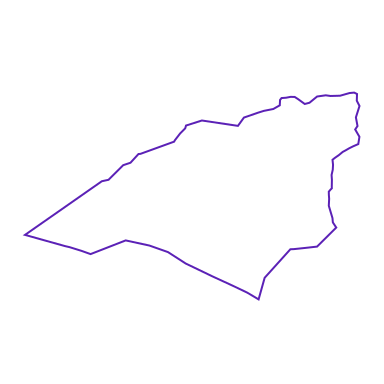 the district of Orelope, Oyo, Nigeria, rotated 92°
{"feature_id": "59680162B54897023187709", "entity_name": "Orelope", "entity_type": "district", "adm_level": 2, "iso_a3": "NGA", "parent_name": "Nigeria", "parent_adm1": "Oyo", "projection": "equal_earth", "projection_center": [3.737, 8.78], "detail": "fine", "context": "isolated", "style": "outline", "palette": "violet", "viewbox_px": 384, "rotation_deg": 92, "n_neighbors": 0, "source": "geoboundaries", "source_scale": "gbopen_adm2", "svg_char_len": 1111}
<svg xmlns="http://www.w3.org/2000/svg" viewBox="0 0 384 384"><g transform="rotate(92 192 192)"><path d="M90.7,61.7L92.2,70.3L98.7,77.7L100.1,82.4L95.5,89.2L93.4,92.7L93.5,96.9L94.5,101.3L95.0,105.8L96.9,107.2L102.3,107.3L104.4,110.7L106.2,113.6L108.4,123.0L110.4,128.7L115.8,142.7L124.3,148.4L120.2,184.6L125.8,200.3L128.6,201.0L133.9,205.9L141.0,211.0L142.3,211.6L155.7,244.9L155.9,246.8L164.9,254.5L167.6,261.7L182.1,275.3L182.7,275.8L184.4,282.5L240.7,357.4L250.5,317.0L251.4,312.4L254.7,300.3L257.6,291.2L242.7,256.6L247.0,232.7L252.9,213.9L263.7,195.8L275.5,168.9L284.6,147.2L290.6,133.4L294.9,125.5L297.0,121.7L275.2,116.4L245.8,91.7L245.5,88.0L243.9,76.6L242.2,65.1L222.5,46.6L218.0,49.8L217.3,50.2L213.2,50.7L201.0,54.8L194.0,54.7L190.3,55.1L186.9,55.3L184.6,53.5L183.5,52.4L181.6,52.5L174.9,52.6L170.1,53.1L164.8,52.1L159.9,52.0L154.9,52.7L153.0,50.5L149.9,46.4L146.7,42.8L145.0,39.9L142.8,36.4L140.7,32.5L138.3,27.5L131.0,26.6L123.8,31.1L120.3,28.9L111.7,30.8L100.2,27.6L95.0,30.5L88.3,30.5L87.0,33.4L87.6,38.0L90.6,47.3L91.2,56.9L90.7,61.7Z" fill="none" stroke="#5b21b6" stroke-width="2"/></g></svg>